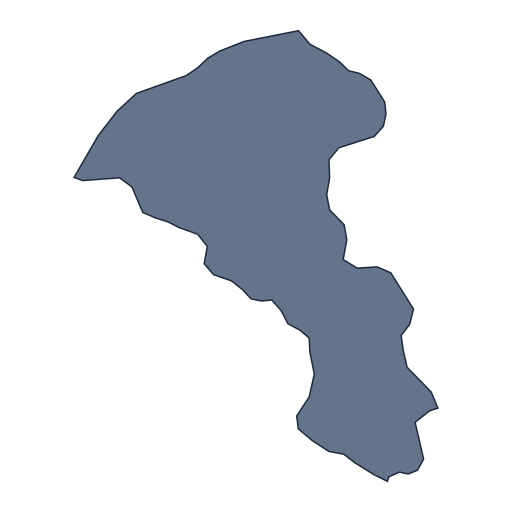 an SVG outline of Taoyuan
{"feature_id": "TWN-1168", "entity_name": "Taoyuan", "entity_type": "County", "adm_level": 1, "iso_a3": "TWN", "parent_name": "Taiwan", "parent_adm1": "", "projection": "natural_earth1", "projection_center": [121.286, 24.86], "detail": "fine", "context": "isolated", "style": "filled", "palette": "slate", "viewbox_px": 512, "rotation_deg": 0, "n_neighbors": 0, "source": "natural_earth", "source_scale": "10m", "svg_char_len": 1039}
<svg xmlns="http://www.w3.org/2000/svg" viewBox="0 0 512 512"><path d="M74.1,177.4L98.2,135.6L117.0,111.3L136.4,93.4L186.2,75.6L197.9,67.6L207.9,58.1L220.0,50.9L244.2,41.4L298.5,30.7L310.0,44.3L326.9,53.2L339.8,62.1L348.4,70.6L359.4,73.4L370.8,80.0L384.7,102.0L386.0,113.8L383.4,126.2L374.3,136.4L339.0,147.7L329.0,159.6L329.6,177.8L326.7,194.8L329.6,209.8L344.1,224.8L346.8,239.9L343.2,259.6L357.1,268.1L377.1,266.9L390.8,272.8L413.5,309.1L409.6,324.5L401.1,335.5L403.3,350.8L407.1,367.3L431.3,392.2L437.9,408.2L429.6,410.8L415.1,422.3L423.6,459.0L417.5,470.2L408.2,474.0L399.4,472.1L388.9,476.8L387.4,481.3L374.4,474.9L354.7,462.7L343.8,454.2L328.8,451.4L312.1,440.5L298.3,428.9L296.7,416.0L309.2,396.9L314.3,374.1L310.0,352.7L309.1,337.9L299.8,330.1L288.0,323.8L281.0,310.4L271.8,300.0L261.4,301.0L251.1,298.9L242.6,289.7L231.3,280.8L213.6,274.7L204.2,263.7L207.3,246.4L197.6,234.2L179.1,227.6L168.0,221.9L156.3,218.2L142.8,212.5L132.0,187.0L119.5,177.8L82.7,180.6L74.1,177.4Z" fill="#64748b" stroke="#1e293b" stroke-width="1.5"/></svg>